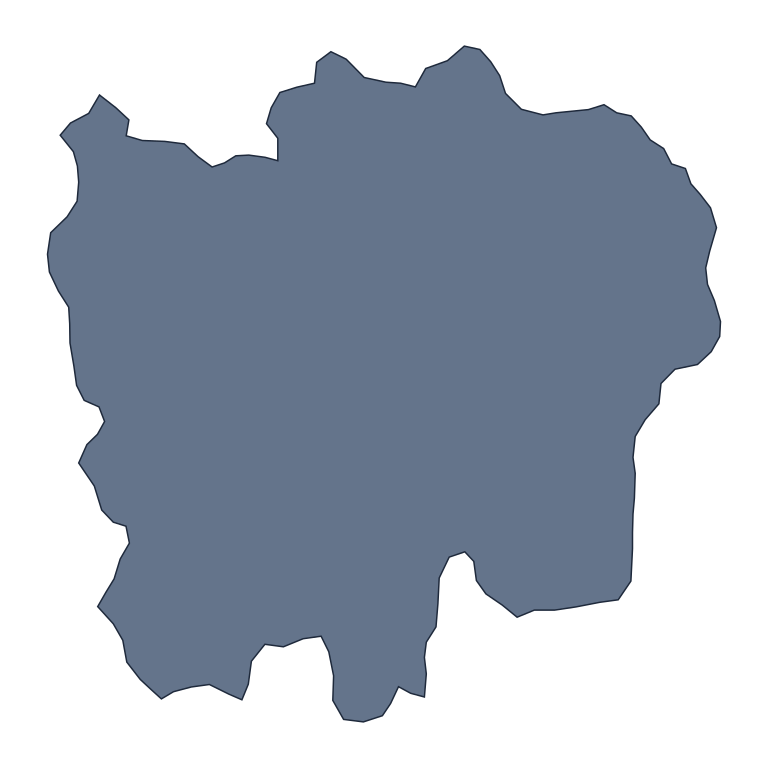 the district of Frei Lagonegro, Minas Gerais, Brazil
{"feature_id": "56859067B57712394060439", "entity_name": "Frei Lagonegro", "entity_type": "district", "adm_level": 2, "iso_a3": "BRA", "parent_name": "Brazil", "parent_adm1": "Minas Gerais", "projection": "natural_earth1", "projection_center": [-42.759, -18.147], "detail": "fine", "context": "isolated", "style": "filled", "palette": "slate", "viewbox_px": 768, "rotation_deg": 0, "n_neighbors": 0, "source": "geoboundaries", "source_scale": "gbopen_adm2", "svg_char_len": 1877}
<svg xmlns="http://www.w3.org/2000/svg" viewBox="0 0 768 768"><path d="M343.6,719.4L363.4,721.9L382.4,715.7L390.6,703.5L398.5,686.7L410.7,693.3L424.4,697.0L426.3,673.9L424.4,657.4L426.3,642.2L436.0,626.9L437.9,603.8L439.2,578.0L449.2,557.1L464.8,551.8L473.8,561.4L476.4,580.5L485.9,593.9L502.3,605.1L517.1,617.2L534.3,610.1L554.6,610.1L576.0,606.9L599.8,602.3L618.2,599.8L630.9,581.1L632.5,548.7L632.5,532.5L633.0,514.1L634.4,498.2L635.2,473.3L633.0,457.4L635.2,436.5L645.2,419.7L658.9,403.8L661.0,383.5L675.0,369.2L697.5,364.5L711.2,351.7L719.7,336.5L720.5,321.5L714.4,300.6L707.5,284.4L705.7,267.9L709.7,251.1L716.5,227.7L710.5,207.8L700.2,194.4L690.9,183.8L685.4,168.5L671.6,163.9L663.7,148.6L650.2,139.9L641.3,127.1L631.2,115.9L616.7,112.8L604.0,104.7L588.4,109.6L572.1,111.2L556.0,112.8L543.0,114.9L521.4,109.3L505.5,93.4L499.7,75.7L490.7,61.7L479.9,49.5L464.3,46.1L447.4,60.7L425.7,68.5L415.4,86.9L400.6,83.2L385.9,82.2L364.2,77.5L346.2,59.2L330.9,51.7L316.7,62.3L314.5,83.2L296.8,87.2L279.9,92.5L271.2,107.8L266.5,123.7L277.8,138.3L277.8,160.7L265.1,157.3L248.8,155.1L235.8,155.8L224.5,162.9L212.1,167.0L198.1,156.7L184.3,143.9L164.8,141.4L142.3,140.5L126.2,135.8L128.9,119.9L115.9,107.8L99.5,95.0L88.7,113.4L70.5,123.0L60.2,135.2L73.4,151.7L77.4,166.0L78.7,182.2L77.1,201.2L67.1,216.8L50.7,232.7L47.5,254.2L49.4,272.0L58.4,291.0L68.7,307.2L69.7,323.7L70.0,343.0L73.9,366.1L76.6,385.4L84.2,400.4L99.0,406.9L104.6,421.5L97.5,434.3L86.9,444.6L78.7,463.0L94.3,486.0L101.7,510.0L113.3,522.2L126.0,526.2L129.4,543.1L120.2,559.0L114.1,578.9L105.9,592.3L97.7,606.6L113.3,623.8L122.8,640.3L126.8,662.1L140.3,679.5L151.4,689.8L161.4,698.9L173.5,691.7L191.2,687.0L209.4,684.5L229.0,694.2L241.9,699.8L248.3,684.2L251.4,661.2L264.9,644.3L283.4,646.8L303.2,638.7L321.1,636.2L328.8,651.8L333.6,675.8L332.8,700.4L343.6,719.4Z" fill="#64748b" stroke="#1e293b" stroke-width="1.5"/></svg>